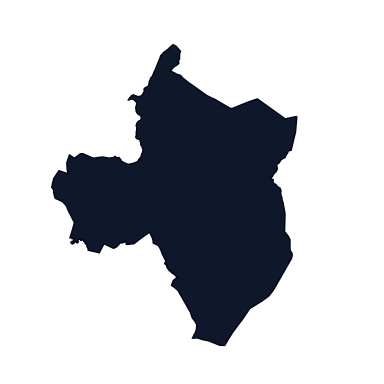 the district of Bagudu, Kebbi, Nigeria, rotated 214°
{"feature_id": "59680162B25890229119009", "entity_name": "Bagudu", "entity_type": "district", "adm_level": 2, "iso_a3": "NGA", "parent_name": "Nigeria", "parent_adm1": "Kebbi", "projection": "natural_earth1", "projection_center": [4.112, 11.314], "detail": "fine", "context": "isolated", "style": "filled", "palette": "ink", "viewbox_px": 384, "rotation_deg": 214, "n_neighbors": 0, "source": "geoboundaries", "source_scale": "gbopen_adm2", "svg_char_len": 5943}
<svg xmlns="http://www.w3.org/2000/svg" viewBox="0 0 384 384"><g transform="rotate(214 192 192)"><path d="M158.0,108.3L156.7,103.1L153.7,103.2L148.6,102.6L126.0,91.4L122.6,88.7L121.1,87.7L118.0,86.8L115.1,85.4L113.8,84.7L111.9,81.3L111.2,79.7L110.7,78.2L110.5,75.9L110.3,74.0L110.0,72.4L109.8,71.2L108.1,72.4L106.2,74.0L100.7,75.6L94.8,78.0L83.2,80.5L79.1,83.1L79.6,91.0L79.8,97.4L79.5,106.8L79.0,114.5L79.0,127.6L72.8,141.5L70.2,148.8L69.7,156.7L72.4,192.3L73.1,194.6L74.1,196.3L75.5,197.5L77.2,197.9L78.5,199.1L80.6,202.0L84.2,207.3L87.7,209.2L93.2,210.9L102.6,225.8L110.7,234.2L112.6,235.5L113.7,236.7L114.3,237.6L115.3,238.2L116.3,239.0L116.9,239.6L117.6,240.3L118.2,241.3L118.5,242.0L119.0,243.0L119.5,243.3L120.4,243.5L120.9,244.3L121.9,244.2L123.3,244.1L123.8,244.1L124.0,244.5L124.9,244.3L126.5,245.1L128.6,244.8L131.0,246.0L131.3,247.0L131.6,247.6L132.2,247.0L134.6,247.7L134.8,248.3L133.9,249.6L134.3,250.5L134.2,252.0L134.4,252.9L134.1,253.9L133.8,255.6L133.8,256.9L134.1,258.6L135.0,259.7L136.8,261.6L137.0,263.0L136.2,264.2L136.1,268.9L134.4,272.3L134.1,272.8L134.5,273.4L134.7,278.4L135.4,279.6L133.2,282.1L139.8,299.7L147.1,312.8L147.9,312.7L155.6,304.7L189.8,305.7L195.2,298.7L205.7,283.2L206.1,283.3L206.4,283.2L206.8,282.9L207.0,282.7L225.5,281.5L228.3,280.9L233.9,280.2L251.4,280.7L255.8,280.7L264.0,281.4L266.7,282.3L268.2,281.7L268.9,281.6L270.0,281.3L270.5,281.1L271.3,281.0L271.6,280.9L272.8,281.0L273.1,280.8L273.5,280.7L274.0,280.7L274.4,280.7L275.5,280.5L276.0,280.5L277.7,280.5L277.6,281.0L277.3,282.4L277.3,283.1L277.3,283.8L277.4,284.5L276.8,285.7L276.3,287.3L275.5,288.8L274.9,291.2L276.8,293.4L276.7,295.3L278.3,297.6L279.8,300.2L280.3,302.2L286.7,303.9L290.0,303.6L291.3,299.2L291.5,297.5L293.0,293.0L293.4,292.3L294.1,287.5L293.2,284.2L292.1,278.5L291.1,274.2L290.9,272.5L290.4,270.8L290.7,270.2L290.5,269.7L289.9,268.6L290.0,267.6L289.6,266.3L289.7,265.8L289.5,265.3L289.8,264.7L289.9,263.7L289.4,261.5L289.3,261.0L289.4,260.5L289.0,259.7L288.7,258.8L288.2,257.5L287.7,256.8L287.5,256.0L287.7,254.6L288.4,253.3L289.4,251.4L289.1,250.1L288.1,249.4L287.8,248.2L287.7,247.2L287.6,246.0L287.6,245.3L287.6,243.8L288.4,242.5L289.3,241.5L289.7,240.9L290.2,240.8L290.8,240.7L291.2,240.4L291.7,240.3L292.3,240.4L292.8,240.2L293.1,239.8L293.7,239.5L294.2,239.9L294.9,239.8L295.0,239.5L295.3,239.3L295.5,239.0L296.0,238.0L296.1,237.5L295.9,236.8L296.3,235.1L296.2,232.7L295.8,232.9L295.5,233.4L295.2,233.9L294.6,235.0L294.2,235.4L293.5,235.7L291.9,236.0L291.4,236.0L291.0,235.9L288.5,235.5L287.9,235.2L287.1,234.7L286.9,233.8L286.5,232.7L286.3,231.9L286.0,230.9L284.8,229.3L284.4,228.8L283.6,228.3L283.3,227.6L281.4,226.7L280.6,226.6L279.8,226.3L278.5,226.6L277.9,226.6L277.2,226.5L276.4,226.2L275.8,225.5L275.2,224.6L274.8,223.9L274.9,223.4L274.8,222.6L275.3,221.8L275.7,221.2L276.2,219.7L276.1,218.5L275.9,217.6L275.6,216.4L275.4,216.0L275.1,215.5L274.1,215.0L273.5,214.0L272.9,213.1L272.4,212.2L271.8,210.8L271.2,209.8L270.9,209.4L270.6,208.9L270.2,208.5L269.9,208.2L269.9,207.8L269.6,207.3L269.6,206.7L269.4,206.2L268.9,205.8L268.4,205.7L268.2,205.5L267.8,205.4L266.3,205.8L264.3,206.2L263.7,206.0L263.2,204.9L262.8,205.0L262.4,204.7L261.9,204.1L261.4,203.3L261.1,202.8L260.3,202.2L258.9,201.8L258.0,201.0L257.5,200.7L256.8,200.1L256.0,199.3L255.6,198.6L255.5,197.9L255.3,197.5L255.1,196.9L254.9,196.4L255.0,195.5L254.6,194.5L254.3,194.2L254.3,193.8L253.9,192.5L254.1,191.3L253.9,190.8L254.0,189.9L254.3,189.0L254.0,186.8L257.1,182.4L258.8,180.8L260.2,179.2L264.5,178.3L268.5,178.1L269.0,178.9L271.3,179.5L271.9,179.7L272.3,179.0L273.7,178.3L275.7,178.4L275.9,177.3L277.1,176.0L279.5,173.8L285.7,171.0L289.1,168.1L292.3,165.1L294.1,164.5L304.0,162.7L305.9,161.2L308.3,154.2L314.3,154.2L312.1,146.3L308.8,141.8L305.1,137.7L314.2,135.2L314.1,125.6L313.2,123.5L312.7,121.9L310.9,117.5L310.5,117.5L308.5,116.6L307.6,116.5L306.9,114.7L303.0,111.1L301.8,110.3L297.6,111.1L297.0,111.1L294.0,111.6L289.3,110.6L287.6,109.8L285.7,108.4L282.7,106.6L272.3,100.9L269.9,93.6L267.6,86.2L267.3,86.7L267.1,86.8L266.9,86.8L266.7,86.7L266.6,86.4L266.3,86.5L266.0,86.5L265.7,86.3L265.2,86.6L264.9,86.9L264.7,86.9L264.4,86.8L264.3,87.0L264.1,87.0L263.8,86.9L263.7,86.5L263.4,86.0L263.3,85.7L263.2,85.6L262.9,85.3L263.0,85.0L263.2,84.7L263.7,83.8L264.0,83.7L264.2,83.4L264.3,83.2L264.1,82.5L263.5,82.0L262.3,82.0L261.6,82.7L261.5,82.9L261.5,83.7L261.1,84.1L261.0,84.4L261.0,84.7L261.1,84.9L261.4,85.0L261.5,85.3L261.4,85.8L261.3,86.0L261.2,86.2L261.0,86.3L260.8,86.2L260.1,86.2L259.5,85.9L259.3,85.7L259.1,85.6L258.8,85.5L258.4,86.3L258.6,86.6L258.4,86.9L258.4,87.2L259.0,87.6L259.4,87.7L259.6,88.0L259.8,88.5L259.8,88.8L259.6,89.1L259.3,89.2L259.0,89.7L258.8,89.9L258.5,90.4L258.1,90.4L257.5,90.0L257.3,90.0L257.1,89.8L256.8,89.9L256.5,90.2L256.2,90.8L256.1,91.3L256.1,91.6L255.8,91.6L255.5,91.5L255.1,91.7L254.3,90.7L254.1,90.5L253.8,90.6L253.5,90.8L253.2,91.4L253.1,91.0L252.8,90.9L252.5,90.9L252.3,91.0L252.1,91.0L251.9,90.8L251.9,90.5L252.0,89.9L251.9,89.7L251.5,89.6L250.8,89.6L250.1,89.4L249.4,89.2L248.9,88.6L248.6,88.1L248.3,87.9L247.7,87.8L247.4,87.6L247.3,87.3L247.1,87.2L246.8,87.2L246.3,87.3L246.1,87.3L245.9,86.6L245.8,86.0L245.7,85.8L245.4,85.7L237.2,89.0L234.9,89.7L235.0,90.3L235.9,98.4L235.9,99.1L235.8,99.5L235.3,100.0L227.2,101.2L225.4,101.6L223.8,104.6L223.0,110.2L221.7,110.5L219.1,113.9L218.8,113.8L217.2,111.9L214.5,113.8L214.0,114.5L213.8,114.6L213.5,114.9L211.6,116.3L211.2,116.9L210.5,119.0L208.9,123.9L208.7,124.3L207.1,128.9L204.7,135.0L199.4,131.9L197.1,130.0L195.5,127.9L193.5,128.4L190.8,128.8L188.6,128.3L185.3,126.5L181.9,124.0L176.8,121.1L175.5,120.6L174.8,120.1L174.8,117.9L174.4,117.3L173.5,117.2L172.5,117.6L172.2,117.6L171.9,117.4L172.0,116.9L171.8,116.8L171.5,116.7L171.2,116.4L171.2,116.0L170.9,115.9L170.7,116.1L170.4,116.1L170.4,115.8L169.7,115.1L169.3,115.1L166.4,114.0L165.7,114.8L164.4,113.8L159.7,113.7L156.5,112.6L158.0,108.3Z" fill="#0f172a" stroke="#020617" stroke-width="1.5"/></g></svg>